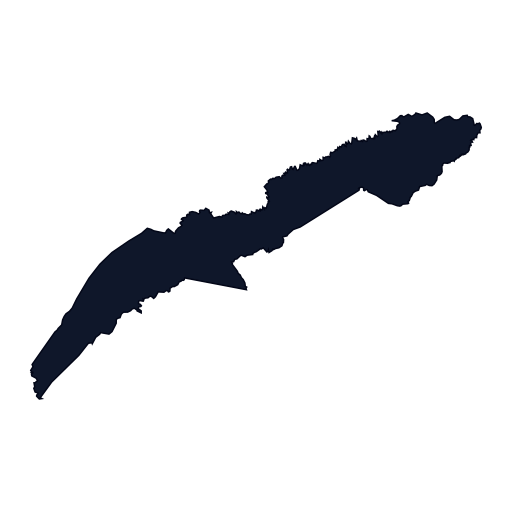 Rosário Oeste, Mato Grosso, Brazil
{"feature_id": "56859067B6764993108828", "entity_name": "Rosário Oeste", "entity_type": "district", "adm_level": 2, "iso_a3": "BRA", "parent_name": "Brazil", "parent_adm1": "Mato Grosso", "projection": "orthographic", "projection_center": [-55.849, -14.873], "detail": "fine", "context": "isolated", "style": "filled", "palette": "ink", "viewbox_px": 512, "rotation_deg": 0, "n_neighbors": 0, "source": "geoboundaries", "source_scale": "gbopen_adm2", "svg_char_len": 6088}
<svg xmlns="http://www.w3.org/2000/svg" viewBox="0 0 512 512"><path d="M184.6,277.9L246.4,289.7L246.0,288.6L246.7,287.1L245.3,286.4L244.9,283.0L243.2,279.6L241.4,277.7L240.2,275.0L238.2,273.4L237.4,271.3L232.2,264.3L232.4,263.6L231.5,262.0L233.6,261.7L234.7,259.3L236.9,258.9L240.5,255.5L241.5,255.3L245.0,256.7L247.1,255.2L252.7,254.5L252.7,253.6L254.3,252.4L256.3,251.7L260.5,248.7L261.3,249.0L263.3,247.9L266.9,252.0L268.0,251.1L268.4,249.8L269.0,252.5L271.9,250.7L273.0,249.1L273.5,249.6L275.6,248.5L278.9,247.8L281.9,245.8L282.8,243.0L283.4,242.6L283.6,239.6L282.6,237.7L282.7,236.9L286.9,235.9L288.1,234.1L293.3,229.5L300.2,227.0L359.0,190.2L359.3,188.6L358.7,188.3L359.4,187.7L361.8,187.1L363.5,187.7L363.7,190.3L364.3,190.7L366.4,189.5L367.2,189.6L368.3,191.8L376.6,195.4L388.4,203.4L392.0,203.8L397.2,205.7L399.7,206.1L400.9,205.8L402.7,204.2L407.9,203.7L408.6,203.2L407.9,201.8L409.3,200.5L410.3,197.3L411.3,196.4L413.1,192.7L415.3,191.2L418.5,190.1L419.6,186.6L425.2,185.4L426.6,184.3L429.3,185.5L432.0,185.7L434.0,184.2L436.7,180.0L437.3,175.6L439.7,175.0L441.4,173.4L442.1,171.7L441.8,166.2L442.6,165.4L442.5,164.4L444.0,163.0L447.9,163.3L448.3,162.7L449.9,162.7L450.6,161.4L453.5,160.8L454.2,161.2L454.2,160.4L456.0,159.3L456.0,158.4L458.8,157.6L459.8,155.6L460.4,156.1L461.5,155.0L461.3,154.4L463.0,154.0L463.1,154.8L465.6,153.9L465.9,153.2L467.9,151.9L469.1,150.0L469.2,147.2L469.9,146.9L469.6,145.5L471.1,145.4L470.6,143.0L471.5,141.9L472.4,142.1L471.7,140.4L470.9,140.2L471.5,139.6L473.8,139.6L473.5,138.6L475.7,137.4L476.6,137.6L476.8,135.2L477.8,133.3L478.2,132.8L480.0,132.8L479.7,130.3L480.9,129.0L481.3,127.4L480.1,123.9L479.4,123.1L478.1,123.7L476.7,123.5L475.1,125.3L474.3,125.3L472.7,118.6L470.0,116.9L467.8,116.8L467.2,115.3L462.9,115.9L459.3,119.4L456.9,120.0L454.1,119.8L449.6,116.3L444.8,117.3L435.1,123.4L434.3,122.7L434.2,119.4L432.7,117.1L427.2,113.0L422.0,114.9L415.9,113.0L415.0,114.4L411.9,116.4L408.2,114.4L404.5,116.6L402.9,116.7L401.9,115.6L400.3,115.7L397.5,118.5L394.3,120.2L391.7,120.7L397.3,121.3L399.1,122.1L399.7,123.0L399.5,123.9L397.5,125.2L396.8,126.8L397.1,128.6L395.3,130.8L393.0,130.3L392.2,131.6L391.6,131.2L390.2,132.5L389.7,131.3L388.0,132.4L387.0,131.2L385.6,132.4L384.0,132.2L383.1,132.8L382.3,132.4L381.9,133.7L381.1,132.1L380.7,132.8L379.2,131.1L378.5,131.9L377.8,131.6L378.2,135.2L377.8,136.4L377.2,136.7L375.4,134.8L374.9,137.6L374.4,136.6L373.8,138.9L373.0,138.3L372.2,138.8L370.6,138.3L369.9,136.4L369.2,135.9L368.9,138.9L367.1,138.6L367.0,141.2L365.9,141.5L364.6,140.4L363.1,140.0L362.6,141.5L361.2,140.5L360.8,141.3L357.3,140.9L356.6,138.0L355.6,139.4L354.3,138.3L352.4,137.8L351.7,143.6L351.2,144.0L349.9,143.3L348.4,141.2L347.9,143.5L347.1,144.0L345.6,141.6L346.2,146.5L344.8,146.0L344.2,144.3L342.4,144.6L341.3,147.0L339.7,146.5L339.2,148.4L337.9,147.3L337.1,150.2L336.2,149.7L335.1,150.0L335.2,151.2L332.4,152.7L330.7,152.3L330.1,154.4L330.5,156.0L329.7,157.2L329.2,156.5L328.2,156.4L326.6,157.1L326.0,156.8L325.0,157.8L323.1,157.3L323.2,159.8L322.7,160.3L321.7,160.6L319.9,159.4L319.8,161.0L317.8,160.7L317.3,162.7L316.6,163.4L312.6,162.6L311.9,162.9L311.6,164.6L310.2,164.2L309.7,165.5L308.9,165.2L308.1,163.6L306.9,165.2L305.5,163.0L304.6,163.0L304.7,164.6L304.2,165.2L303.4,164.0L302.9,166.0L300.2,164.8L299.5,168.7L297.7,170.3L296.9,170.3L295.2,166.4L294.6,166.4L293.1,169.5L292.5,169.3L291.6,166.7L290.4,167.0L289.5,169.9L288.7,170.0L287.6,169.2L287.1,169.6L287.5,173.0L286.8,173.4L285.6,172.1L285.2,172.5L285.3,173.5L283.9,173.5L284.8,175.3L282.6,175.3L281.9,176.1L281.9,178.1L280.7,178.2L279.3,176.7L276.1,177.2L274.6,178.6L272.8,178.3L271.4,179.4L270.7,179.1L270.0,179.5L268.3,181.0L268.7,182.4L267.6,183.9L266.8,183.9L264.3,186.7L266.9,189.9L267.9,192.5L266.3,192.3L265.7,192.7L265.7,193.5L267.1,194.0L269.0,196.9L268.0,197.5L266.8,197.1L266.8,197.8L269.4,201.2L269.1,201.7L268.2,201.6L268.1,203.4L267.4,204.1L266.3,208.3L264.9,207.7L264.6,209.3L262.8,206.9L262.5,209.6L261.7,209.9L260.9,209.4L260.5,210.5L259.9,209.5L258.9,211.0L257.7,210.1L256.4,210.1L256.2,211.8L255.2,212.3L254.9,213.2L251.5,211.6L251.2,214.1L249.9,214.0L249.0,214.9L246.6,214.7L244.8,213.7L243.8,214.1L242.3,212.9L242.0,213.7L240.3,213.5L238.9,212.0L237.6,212.6L236.4,211.6L236.5,213.3L235.9,213.9L234.3,212.2L231.2,211.0L229.9,211.8L229.2,213.3L228.2,212.9L228.6,214.4L226.5,214.2L225.7,214.4L225.5,215.2L222.6,215.5L221.8,217.1L219.4,216.5L213.6,218.0L210.7,213.7L211.4,212.3L209.5,212.8L209.0,210.1L205.8,208.3L204.1,210.4L200.4,210.1L199.7,210.5L199.5,211.3L200.1,212.4L198.7,214.0L195.8,212.4L192.2,211.6L189.5,212.3L189.5,214.7L188.0,214.2L186.7,215.1L186.9,216.8L186.2,217.3L182.9,217.8L181.6,218.7L181.4,219.3L183.2,220.5L182.9,221.1L180.3,222.4L180.1,223.2L182.0,225.3L181.0,226.5L178.5,227.8L175.6,231.2L175.1,233.3L174.0,233.4L168.3,228.9L166.7,230.4L165.5,232.9L163.6,232.9L153.7,230.8L150.8,229.3L147.3,228.3L141.6,233.3L128.8,241.0L112.0,252.5L99.9,264.2L89.0,278.2L76.7,298.9L72.2,308.1L69.5,311.3L66.0,313.8L64.2,316.4L62.6,319.9L61.7,324.9L58.2,328.4L57.1,330.2L55.0,331.9L32.1,364.5L33.0,366.7L30.7,370.4L31.3,371.4L32.8,372.2L32.9,372.8L31.3,372.9L32.0,373.8L31.5,374.4L31.8,375.9L36.0,378.1L37.6,380.5L35.0,382.8L34.0,382.8L34.7,386.8L33.8,388.3L35.1,392.0L38.0,393.0L38.1,393.7L36.7,395.1L36.6,396.2L39.3,399.0L41.8,398.6L40.2,397.8L51.7,382.0L78.8,355.4L88.4,343.2L91.2,342.9L92.1,343.0L92.3,343.7L95.7,337.3L99.8,334.1L100.5,332.6L109.0,334.1L112.0,331.6L116.2,323.3L116.3,319.3L118.0,318.2L120.0,317.7L121.3,314.2L122.5,312.9L123.7,312.2L127.7,312.1L130.6,310.7L132.4,308.8L134.5,308.3L137.0,310.1L137.1,310.9L141.2,312.9L141.2,310.9L138.0,308.4L138.8,306.9L140.8,306.5L141.4,305.8L140.4,304.4L138.5,303.6L138.7,301.2L139.8,300.6L143.2,301.2L143.6,300.6L143.1,298.8L144.0,299.1L145.1,298.1L148.0,297.8L149.9,296.2L151.5,296.5L153.7,298.4L155.4,296.8L158.2,291.9L164.0,292.2L166.1,290.6L167.7,290.8L168.4,291.9L169.1,291.7L169.9,291.1L170.0,288.2L172.7,286.5L174.2,286.6L177.7,284.7L179.2,281.8L180.9,281.3L181.8,280.3L183.4,280.3L184.2,279.7L184.6,277.9Z" fill="#0f172a" stroke="#020617" stroke-width="1.5"/></svg>